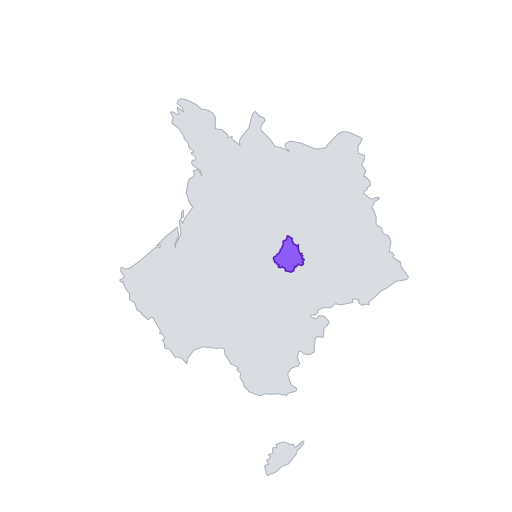 Nièvre highlighted on a map of France, rotated 41°
{"feature_id": "FRA-5329", "entity_name": "Nièvre", "entity_type": "Metropolitan department", "adm_level": 1, "iso_a3": "FRA", "parent_name": "France", "parent_adm1": "", "projection": "mercator", "projection_center": [3.438, 47.114], "detail": "fine", "context": "in_parent", "style": "filled", "palette": "violet", "viewbox_px": 512, "rotation_deg": 41, "n_neighbors": 0, "source": "natural_earth", "source_scale": "10m", "svg_char_len": 6515}
<svg xmlns="http://www.w3.org/2000/svg" viewBox="0 0 512 512"><g transform="rotate(41 256 256)"><path d="M373.3,218.6L370.6,220.1L368.9,223.1L367.2,223.9L364.1,223.9L362.6,222.0L358.8,223.2L357.3,225.2L359.5,227.5L352.0,237.3L347.3,239.9L346.2,246.2L340.6,251.0L338.6,255.9L338.4,256.9L339.8,258.6L339.2,261.8L336.4,263.9L336.4,265.9L337.2,266.2L341.5,264.6L343.2,262.7L342.3,260.1L346.7,256.9L354.5,257.6L355.4,261.9L354.4,265.5L360.0,273.2L355.1,276.8L354.8,279.2L359.8,286.9L362.9,290.1L361.3,295.3L356.0,298.6L352.6,298.3L351.1,299.2L351.3,300.7L353.6,305.4L359.3,308.4L360.2,311.9L358.6,313.1L356.0,318.4L357.1,321.0L356.7,322.1L357.3,323.9L358.8,325.6L366.7,330.1L373.8,329.3L374.7,331.8L370.3,338.6L370.6,341.7L368.4,341.7L368.0,342.8L363.6,345.0L356.5,351.9L353.1,353.9L351.8,357.3L349.8,359.3L339.6,363.2L337.7,362.3L332.7,362.4L329.6,359.9L323.7,358.4L321.8,354.8L316.2,354.1L315.9,351.7L308.1,353.9L297.1,350.6L293.3,347.1L290.1,348.0L287.3,351.2L275.4,359.4L270.8,368.0L271.7,377.9L274.4,382.8L267.2,382.0L262.9,383.5L261.8,385.5L251.6,383.1L247.9,385.2L246.8,385.0L245.5,382.9L240.5,380.6L241.3,379.0L240.6,377.5L235.9,376.3L234.3,377.8L232.5,374.9L219.4,370.4L217.3,370.4L216.4,374.9L207.9,374.8L206.7,374.0L201.3,374.9L195.5,370.8L189.0,371.6L185.1,367.2L181.2,366.9L175.8,364.7L173.3,363.6L173.0,362.3L171.4,364.2L169.4,363.8L168.9,363.2L170.2,360.8L170.5,358.0L163.7,355.9L161.9,353.9L161.9,352.8L165.5,351.9L168.8,348.0L172.0,333.8L174.2,316.8L175.9,313.6L178.0,312.7L176.3,310.4L174.2,313.5L175.5,297.8L177.9,285.9L183.6,290.8L185.0,292.9L186.7,299.9L189.9,302.9L187.8,300.0L185.7,290.6L184.4,288.0L175.3,280.1L175.0,278.2L179.0,279.2L177.4,273.3L176.4,260.7L170.9,259.5L162.1,254.1L155.9,244.4L155.2,240.8L156.8,237.0L155.4,234.5L152.8,232.8L154.8,229.5L156.6,229.2L163.0,231.1L157.8,227.9L149.3,229.0L146.0,227.9L145.3,225.6L147.6,222.6L144.8,220.7L139.9,221.2L139.4,220.4L140.8,218.3L139.6,217.5L135.6,218.3L133.3,217.6L131.2,215.2L124.8,214.6L123.4,213.2L114.5,210.4L105.3,210.9L102.7,206.0L97.1,203.6L98.2,202.1L103.8,200.6L104.9,199.2L100.8,197.2L99.3,195.2L106.9,194.7L103.5,192.5L96.2,192.7L95.2,189.7L96.1,186.7L100.4,184.0L111.0,181.0L118.7,180.9L124.2,177.4L129.6,176.5L134.7,178.2L141.7,186.8L147.2,183.0L155.5,183.1L157.2,185.3L159.4,181.4L161.2,183.6L171.3,182.9L168.9,181.3L167.0,177.7L166.6,164.1L161.5,154.1L160.2,150.5L160.5,147.4L166.5,148.0L171.5,146.6L173.9,147.6L174.5,154.0L176.6,157.7L190.5,158.8L198.5,160.8L205.3,157.2L211.6,155.6L212.1,154.7L208.4,155.1L205.1,153.5L204.7,151.8L206.4,146.8L216.0,141.2L230.2,136.5L233.8,133.3L238.0,127.6L237.1,126.1L237.7,110.4L239.8,105.2L245.2,101.4L258.9,97.6L260.7,102.7L260.6,105.5L264.2,110.0L266.0,111.3L272.0,108.9L274.9,113.1L275.8,117.7L283.0,119.6L285.1,125.7L286.4,124.4L291.0,124.6L293.1,125.1L296.0,127.8L295.1,131.4L296.4,133.1L295.2,136.4L296.0,137.8L304.3,137.8L306.8,136.3L308.0,133.0L310.5,131.1L311.4,131.7L309.8,137.8L311.0,139.4L311.6,143.8L314.7,144.1L320.8,147.6L326.0,153.4L332.3,152.5L337.3,155.7L342.5,154.0L347.3,155.8L349.0,157.4L353.6,165.5L357.1,163.9L359.5,164.8L360.3,167.2L369.6,165.8L371.3,168.1L373.2,168.9L385.0,171.9L385.1,174.9L378.3,183.4L375.4,195.5L373.4,199.7L372.6,202.8L373.2,204.8L372.8,208.1L371.4,215.9L372.2,218.1L373.3,218.6ZM415.2,371.4L414.7,375.9L416.3,379.1L416.8,391.9L413.5,398.1L412.9,405.6L408.6,414.4L402.1,410.4L400.1,408.3L401.9,404.9L398.1,403.1L399.0,399.8L398.6,398.1L395.9,398.0L395.8,397.1L397.8,394.6L397.7,393.0L395.2,391.0L394.7,389.2L397.2,387.3L396.0,385.5L394.7,385.0L398.0,379.2L400.3,377.4L405.4,375.8L407.5,373.6L410.9,374.8L411.5,374.2L412.6,364.9L413.8,364.7L414.9,366.0L415.2,371.4ZM175.7,273.9L174.9,276.8L171.4,271.9L171.0,269.2L175.7,273.9Z" fill="#d9dde1" stroke="#a8b0b8" stroke-width="1"/><path d="M294.5,227.0L294.9,227.5L294.9,229.9L295.6,230.1L296.0,230.0L296.4,230.1L296.7,230.4L297.0,231.0L297.1,231.6L296.8,232.4L296.8,233.1L296.3,233.2L295.0,234.1L293.5,234.3L293.4,234.4L293.2,235.1L293.1,235.4L293.2,235.7L293.5,236.7L293.5,237.0L293.5,237.3L293.4,237.6L293.2,237.8L292.4,238.0L292.1,238.2L292.0,238.6L292.1,238.9L292.3,239.1L292.9,239.2L293.1,239.6L293.2,240.1L293.1,241.2L293.3,241.5L293.7,241.8L294.1,242.1L294.2,242.6L293.9,243.1L293.2,243.3L293.0,243.6L293.2,244.1L293.3,244.2L293.3,244.8L293.2,245.1L293.0,245.3L292.4,245.4L292.0,245.5L290.2,246.7L288.9,247.2L288.3,247.8L287.8,248.0L286.8,246.8L286.2,246.3L283.7,246.8L283.0,246.6L283.0,246.8L283.0,247.0L282.8,247.5L282.6,247.7L282.4,247.8L282.3,248.1L282.3,248.3L282.2,248.7L282.0,248.8L281.7,249.0L280.7,249.6L280.2,249.7L279.9,249.5L279.9,249.3L279.9,249.1L279.9,248.9L279.8,248.7L279.6,248.5L279.5,248.1L279.4,247.9L278.8,247.7L278.5,247.7L278.4,247.9L278.1,248.3L277.9,248.5L277.7,248.6L277.0,248.2L276.6,248.1L276.0,248.0L275.7,248.0L275.4,248.0L274.5,248.5L274.2,248.5L274.0,248.4L273.8,248.2L273.2,247.4L272.9,247.2L272.5,247.1L272.3,247.1L272.0,247.2L271.9,247.2L271.6,247.0L271.2,246.8L270.8,246.4L270.5,246.0L270.4,245.8L270.3,245.7L270.3,245.4L270.3,245.1L270.4,244.4L270.5,244.0L271.1,243.0L271.2,242.7L271.3,242.5L271.2,242.2L270.9,241.5L270.9,241.3L270.8,241.1L270.8,240.9L270.9,240.7L271.1,240.2L271.3,239.4L271.3,239.1L271.3,238.8L271.3,238.5L271.2,238.2L271.2,237.3L271.2,236.7L271.0,236.4L270.5,236.1L270.4,235.9L270.3,235.7L270.3,235.2L270.4,234.7L270.4,234.4L270.4,234.2L270.2,233.6L269.9,232.5L269.6,231.5L269.4,231.2L269.2,229.9L269.1,229.6L269.0,229.4L268.9,229.3L268.5,229.0L268.4,228.9L267.8,228.1L267.7,228.0L267.4,227.9L267.2,227.8L267.1,227.7L266.9,227.2L266.8,226.9L267.0,226.4L267.3,226.0L267.6,225.5L267.6,225.3L267.7,225.2L267.9,224.7L268.1,223.6L268.1,223.4L268.0,223.2L267.9,223.0L267.5,222.5L267.4,222.2L267.2,221.6L267.0,221.2L266.8,221.0L266.4,220.4L266.4,220.2L267.4,219.7L267.6,219.6L268.5,219.6L268.9,219.4L269.5,219.5L271.8,219.0L272.1,219.1L272.3,219.2L272.4,219.5L272.4,220.1L272.5,220.4L272.9,220.8L273.9,220.9L274.4,221.1L274.8,221.7L275.0,221.9L275.3,221.9L276.0,221.6L277.1,222.3L277.4,222.3L277.7,222.1L278.4,221.4L279.0,221.4L280.6,221.9L280.7,220.8L280.7,219.7L280.9,219.8L281.5,221.0L282.2,221.6L282.5,222.0L282.6,222.4L282.8,222.8L283.2,222.9L283.7,222.9L284.1,223.1L285.7,224.6L287.7,225.4L287.9,225.4L288.1,225.3L288.2,225.0L288.3,224.4L288.5,224.2L288.9,223.9L289.1,223.9L289.2,224.1L289.3,224.4L289.3,224.8L289.1,225.4L289.1,225.8L289.5,226.0L291.0,225.2L291.3,225.8L291.6,227.4L292.1,227.9L292.5,227.9L292.7,227.6L292.9,227.2L293.2,227.0L293.5,226.9L294.5,227.0Z" fill="#8b5cf6" stroke="#5b21b6" stroke-width="1.5"/></g></svg>